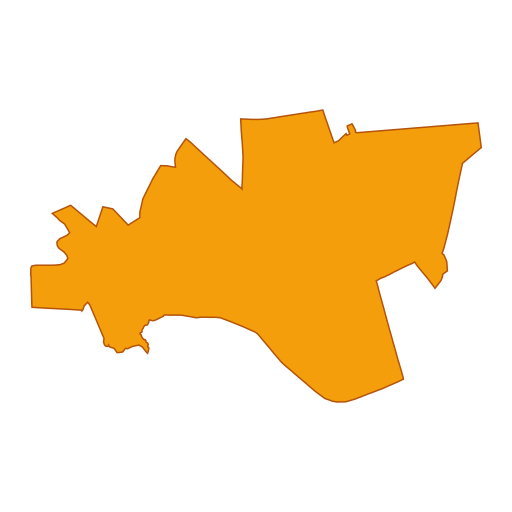 As Sab'in, Amanat Al Asimah, Yemen (Equal Earth projection)
{"feature_id": "15242507B25672196618476", "entity_name": "As Sab'in", "entity_type": "district", "adm_level": 2, "iso_a3": "YEM", "parent_name": "Yemen", "parent_adm1": "Amanat Al Asimah", "projection": "equal_earth", "projection_center": [44.204, 15.306], "detail": "fine", "context": "isolated", "style": "filled", "palette": "amber", "viewbox_px": 512, "rotation_deg": 0, "n_neighbors": 0, "source": "geoboundaries", "source_scale": "gbopen_adm2", "svg_char_len": 6000}
<svg xmlns="http://www.w3.org/2000/svg" viewBox="0 0 512 512"><path d="M282.3,116.4L277.3,117.2L275.7,117.5L270.3,118.3L269.2,118.5L268.5,118.7L267.5,118.9L264.0,119.1L259.0,119.4L258.0,119.4L257.6,119.5L257.0,119.4L255.7,119.4L252.4,119.4L251.8,119.4L240.7,118.9L240.8,121.6L241.1,127.4L241.2,129.7L241.5,133.9L241.8,138.3L242.0,139.6L242.4,145.0L242.4,145.6L242.8,152.2L243.0,155.9L243.0,160.1L243.0,160.8L242.8,164.6L242.7,168.6L242.5,173.5L242.5,174.2L242.5,174.6L242.4,178.0L242.4,179.0L242.2,182.2L242.2,182.8L241.9,186.5L242.0,189.0L241.6,188.6L236.6,184.5L235.2,183.3L233.1,181.5L231.4,180.2L228.0,177.0L227.3,176.3L226.0,175.1L220.9,170.3L220.2,169.6L216.8,166.6L215.3,165.2L209.2,159.6L208.4,158.9L205.9,156.5L205.6,156.3L202.4,153.4L202.0,152.9L200.1,151.2L190.9,142.6L190.1,141.9L189.2,141.2L187.7,140.0L186.0,138.7L185.6,139.1L182.9,143.0L180.9,145.8L180.4,146.6L179.2,148.3L178.6,149.2L177.1,151.3L175.9,154.2L175.5,155.7L175.4,156.5L175.1,157.6L175.0,158.1L175.0,159.1L174.9,159.8L174.9,160.8L174.9,161.2L175.3,165.6L175.5,167.3L174.3,167.1L171.3,166.6L167.1,165.8L166.5,165.8L160.7,165.6L152.8,178.8L142.9,198.8L139.9,212.0L139.8,217.7L128.1,225.1L127.8,224.7L112.8,208.9L102.9,206.8L96.3,226.6L88.1,219.9L70.7,205.3L52.3,213.4L55.6,216.4L56.6,217.2L58.7,219.4L59.6,220.4L64.7,224.1L69.6,232.5L68.3,234.2L66.6,235.5L63.2,237.2L59.9,238.6L57.7,240.9L56.9,242.1L57.0,243.7L57.3,245.7L58.9,248.2L64.2,252.2L66.9,255.5L67.8,258.6L64.2,263.1L60.4,264.6L55.1,265.1L51.3,265.2L46.1,265.2L35.7,265.2L31.6,266.2L30.9,268.3L30.7,275.2L31.0,275.5L31.3,286.5L31.9,306.6L32.0,307.3L45.4,308.1L69.9,309.4L81.6,310.2L81.9,310.2L82.0,310.9L82.9,309.8L84.4,305.5L85.1,305.0L87.6,302.3L89.7,304.7L92.6,311.5L95.5,318.3L97.1,322.1L100.7,330.6L104.0,338.4L103.6,342.0L104.3,344.4L105.4,346.0L106.7,346.4L107.9,346.2L108.6,345.1L108.8,345.8L109.2,346.7L111.0,347.4L114.2,348.4L115.5,350.3L116.9,352.4L117.5,352.7L122.7,352.0L125.5,348.3L127.4,348.8L132.6,346.4L138.8,345.0L142.2,346.9L143.1,348.0L146.7,352.5L147.0,352.8L147.6,353.3L148.3,351.1L148.3,350.6L148.5,350.1L148.9,348.4L148.8,348.2L148.5,347.3L147.8,347.0L147.6,346.2L148.3,344.6L147.9,343.6L147.8,343.2L147.4,342.8L147.1,342.7L146.4,342.4L146.2,342.3L146.0,341.9L145.8,340.3L145.5,340.0L145.2,339.6L144.8,339.5L144.2,339.8L143.9,339.5L142.3,337.8L141.7,336.5L141.2,334.8L140.9,334.4L140.2,334.2L140.0,333.4L140.1,332.9L140.7,332.6L141.7,332.2L142.0,331.8L142.0,330.1L142.2,329.6L143.1,328.4L143.3,328.0L143.7,326.9L144.3,326.1L144.8,325.5L145.0,325.3L147.5,324.9L147.9,324.0L148.0,323.7L148.7,322.5L148.8,322.2L148.9,321.6L148.9,320.6L148.9,320.3L149.5,319.9L150.5,320.2L152.6,320.7L154.4,320.4L155.2,320.2L158.9,318.4L163.5,316.1L163.9,315.3L164.2,314.9L166.9,315.0L168.9,315.1L171.1,315.1L178.3,315.1L179.1,315.1L181.7,315.2L182.2,315.3L183.0,315.4L189.8,316.6L196.4,317.8L197.7,317.6L199.5,317.4L200.9,317.2L204.3,317.2L209.9,317.3L213.7,317.3L215.4,317.3L216.6,317.4L220.0,317.7L220.5,317.8L224.7,319.4L227.9,320.6L229.8,321.3L240.7,325.7L241.5,326.0L242.8,326.6L243.4,326.8L247.8,328.8L251.1,330.3L255.6,332.3L256.8,333.3L257.7,333.9L259.1,335.6L265.8,343.6L269.8,348.3L270.3,349.0L274.6,354.2L275.1,354.7L281.0,361.7L281.5,362.2L281.7,362.4L284.5,365.0L286.2,366.5L292.5,371.8L293.6,372.9L295.2,374.2L296.7,375.5L300.7,378.9L307.0,384.2L308.7,385.8L314.3,390.5L315.2,391.3L323.4,397.4L324.6,398.3L326.2,399.0L329.5,400.1L332.0,401.1L334.9,401.6L336.9,402.0L337.4,402.0L339.0,401.9L341.2,401.9L344.9,401.8L345.8,401.8L349.2,400.8L351.3,400.2L352.9,399.7L354.3,399.3L355.3,399.0L355.9,398.8L358.2,397.8L360.1,397.1L361.0,396.8L363.9,395.6L366.1,394.8L368.4,393.8L369.1,393.6L376.9,390.7L379.7,389.6L382.0,388.8L384.5,387.7L387.3,386.4L389.4,385.5L391.2,384.7L395.2,383.0L397.0,382.2L403.3,379.2L403.1,377.3L401.8,372.7L401.0,369.9L400.1,366.9L399.1,363.3L398.9,362.8L397.4,357.7L396.8,355.5L395.5,350.8L394.1,345.9L393.3,343.2L393.0,342.1L392.1,338.7L389.1,328.0L389.0,327.7L387.6,322.6L386.6,318.9L386.0,316.7L384.2,310.0L384.0,309.2L381.7,300.9L381.0,298.5L379.0,291.1L378.0,287.1L377.7,286.1L376.5,281.7L376.2,280.8L376.5,280.6L378.6,279.6L380.2,278.5L383.0,277.4L384.9,276.7L387.6,275.3L389.2,274.7L389.4,274.5L391.3,273.5L393.0,272.6L393.7,272.1L395.7,271.2L397.7,270.2L400.6,268.7L401.0,268.6L402.0,268.1L403.1,267.5L407.8,265.3L410.1,264.3L412.7,263.2L414.6,262.0L416.4,264.6L416.9,265.3L417.4,266.1L417.9,266.6L418.1,266.9L422.2,271.9L426.3,276.8L426.5,277.0L427.6,278.4L428.0,278.9L428.9,280.1L433.9,286.7L435.0,288.3L436.9,285.9L437.9,284.6L438.9,283.3L439.2,282.9L440.7,280.9L441.0,280.4L441.6,279.1L442.1,277.8L442.9,274.1L447.4,270.9L446.8,261.9L446.6,261.4L446.1,260.0L445.0,257.5L444.1,255.1L442.4,253.8L442.1,253.4L443.3,249.9L444.0,247.7L444.3,246.9L444.4,246.4L444.8,244.8L444.9,244.2L445.1,243.5L447.6,234.1L448.0,232.2L448.4,230.5L451.0,218.8L452.8,210.2L453.8,205.6L455.7,195.9L456.5,191.6L458.7,180.8L459.0,179.3L459.4,177.5L460.4,172.9L462.5,163.3L462.9,163.0L470.7,156.4L480.2,148.4L481.3,147.6L478.0,122.9L357.1,132.7L356.2,132.5L355.6,132.4L355.4,130.7L355.4,130.4L355.3,130.1L355.2,129.7L352.0,123.8L350.7,124.5L350.2,124.7L348.5,125.4L347.1,126.1L347.7,128.1L348.3,129.9L348.5,130.5L348.6,130.8L349.5,133.3L349.7,134.0L349.1,134.2L348.5,134.5L348.1,134.7L346.8,135.2L346.0,133.6L344.2,135.4L343.1,136.3L341.6,137.8L341.0,138.3L340.6,138.8L338.5,140.8L338.1,140.9L337.9,141.1L336.9,141.5L334.1,142.8L331.7,136.2L330.0,131.1L329.5,129.7L329.4,129.4L327.7,124.5L326.8,121.8L326.4,120.7L325.9,119.4L325.8,119.1L324.5,115.2L322.8,110.0L320.8,110.4L320.4,110.4L317.9,111.0L317.6,111.0L316.7,111.1L315.2,111.4L313.8,111.6L312.1,111.8L311.3,111.9L309.9,112.1L309.3,112.2L308.6,112.3L307.5,112.5L306.9,112.6L306.3,112.7L305.9,112.8L303.0,113.2L301.5,113.4L299.3,113.7L298.9,113.8L297.7,114.0L295.9,114.3L293.3,114.7L292.9,114.8L292.4,114.8L290.2,115.2L289.6,115.3L288.6,115.4L286.8,115.7L286.1,115.8L285.8,115.9L285.2,116.0L284.1,116.1L282.5,116.4L282.3,116.4Z" fill="#f59e0b" stroke="#b45309" stroke-width="1.5"/></svg>